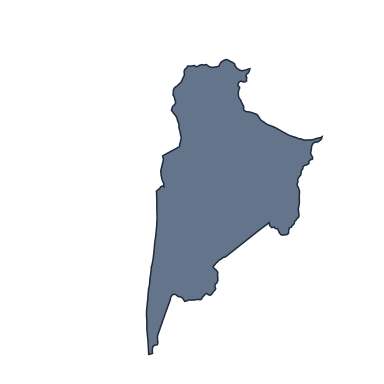 the district of Jangada, Mato Grosso, Brazil, rotated 321°
{"feature_id": "56859067B34050431146152", "entity_name": "Jangada", "entity_type": "district", "adm_level": 2, "iso_a3": "BRA", "parent_name": "Brazil", "parent_adm1": "Mato Grosso", "projection": "mercator", "projection_center": [-56.584, -15.33], "detail": "fine", "context": "isolated", "style": "filled", "palette": "slate", "viewbox_px": 384, "rotation_deg": 321, "n_neighbors": 0, "source": "geoboundaries", "source_scale": "gbopen_adm2", "svg_char_len": 4259}
<svg xmlns="http://www.w3.org/2000/svg" viewBox="0 0 384 384"><g transform="rotate(321 192 192)"><path d="M283.1,101.7L281.2,100.9L279.8,99.2L277.8,98.3L275.6,98.0L273.8,97.2L273.6,95.3L272.0,94.3L270.5,93.5L269.1,92.5L268.1,91.4L266.7,91.9L265.3,92.1L263.3,92.3L261.9,93.2L260.8,94.7L259.3,96.7L258.0,97.1L256.4,97.9L254.7,98.8L252.8,99.7L250.6,99.9L248.3,100.0L247.0,100.3L245.4,100.0L243.9,100.0L242.6,100.6L241.3,101.4L239.9,103.1L238.4,104.5L238.0,107.0L237.1,108.7L235.6,112.2L233.7,113.1L231.0,113.3L228.8,114.5L227.3,115.8L227.5,117.3L227.1,119.0L227.3,120.9L227.2,122.7L227.0,124.7L226.2,126.3L225.4,128.1L225.1,129.5L224.3,131.4L222.1,134.1L221.3,136.1L220.8,137.5L219.2,140.0L218.4,142.0L217.6,143.3L215.7,144.7L214.5,145.8L212.4,147.1L210.9,148.9L204.2,147.7L202.3,147.3L200.3,146.9L198.9,146.7L197.4,146.4L191.9,145.4L190.3,148.8L181.0,155.9L178.4,159.8L176.4,163.9L175.5,167.2L173.5,170.2L172.8,168.7L170.8,168.3L169.1,169.0L167.5,168.8L164.7,169.1L163.1,171.5L162.0,172.9L156.4,180.1L155.5,181.1L148.1,190.7L146.6,192.3L143.0,196.3L141.7,197.7L134.6,204.8L132.9,206.3L129.8,209.3L127.3,212.0L120.2,219.0L118.9,220.2L116.4,222.3L115.2,223.4L112.9,224.8L112.0,226.1L110.9,227.1L109.3,228.7L106.6,231.3L105.5,232.3L104.2,233.4L102.6,235.2L101.2,236.7L98.9,238.8L97.8,239.5L95.3,242.0L92.2,245.2L90.0,247.6L86.2,251.4L83.1,254.5L82.1,255.6L81.0,256.8L79.3,258.8L77.1,261.9L74.4,265.6L72.9,267.2L70.5,270.2L68.6,273.3L67.5,274.7L64.7,279.1L63.0,281.5L60.2,285.4L56.1,291.0L59.7,292.6L60.5,291.4L61.5,290.0L63.3,288.3L64.9,287.3L67.0,287.8L69.0,288.9L71.1,287.2L71.9,285.5L73.3,283.8L74.3,282.3L95.4,269.2L103.8,264.2L107.4,262.0L109.2,260.4L112.4,259.4L114.4,260.9L115.0,262.2L115.4,264.4L116.5,265.8L117.6,267.1L117.9,268.9L117.5,272.4L119.5,273.4L121.1,273.7L122.4,274.6L123.6,275.7L124.8,276.6L126.9,278.1L128.6,278.8L130.5,280.8L131.9,281.3L133.6,280.4L136.2,280.1L137.8,279.7L139.5,280.0L140.3,282.7L141.4,283.8L143.0,283.8L144.8,283.3L146.2,282.8L148.3,282.7L149.6,282.0L150.5,279.6L152.1,278.2L153.5,278.4L154.8,277.9L156.2,277.2L158.2,274.8L158.9,273.4L161.5,270.6L161.7,268.4L161.5,266.7L161.1,265.0L161.5,263.2L164.1,262.9L165.9,262.4L168.0,262.4L169.9,261.9L171.2,262.3L173.4,262.5L175.1,262.5L177.1,263.5L218.1,263.9L225.3,264.1L232.8,264.4L231.9,265.5L231.3,267.2L231.5,269.8L233.5,270.9L233.8,272.8L235.3,274.5L235.0,276.2L234.3,278.1L234.2,281.1L235.4,282.7L237.0,283.5L238.8,284.8L240.9,284.9L242.5,283.2L244.8,281.2L247.3,281.9L248.9,281.0L250.5,281.3L252.2,280.4L253.5,279.3L255.6,279.3L257.1,278.6L258.8,278.8L260.5,277.5L261.8,275.3L263.2,273.3L264.0,271.9L265.5,270.8L268.0,268.6L269.2,267.4L270.1,266.0L271.5,264.4L273.1,262.3L275.4,259.9L276.3,258.6L276.8,257.0L277.5,255.6L277.6,254.0L278.5,252.1L280.9,250.7L281.6,249.2L283.2,248.1L285.1,247.6L287.2,247.2L289.0,245.7L290.8,244.0L292.4,243.9L294.3,242.2L296.1,242.2L298.5,243.2L300.9,243.4L301.9,241.7L303.5,241.6L304.8,241.5L306.1,242.4L307.5,241.2L307.9,239.0L308.4,236.6L309.6,235.7L310.8,234.6L312.2,233.4L313.7,231.7L315.8,230.8L317.1,230.4L319.1,230.8L321.4,232.4L323.7,232.5L326.2,232.2L327.9,230.9L326.4,230.7L323.5,229.2L318.9,227.4L316.5,225.8L315.1,224.7L313.3,223.4L311.6,221.9L310.4,219.7L308.7,217.9L307.5,215.8L306.5,214.2L304.6,211.4L303.2,209.1L302.3,207.1L301.7,205.5L301.2,204.2L300.6,202.9L300.0,201.3L299.4,199.8L298.9,198.5L298.1,196.4L297.2,194.3L296.3,192.6L295.5,191.1L294.6,189.6L293.4,187.7L292.6,185.8L291.9,183.0L291.1,180.6L290.7,178.9L291.0,176.7L291.2,175.2L291.4,173.8L291.2,172.4L290.2,170.7L288.8,168.5L287.6,166.6L286.1,165.0L284.9,163.8L283.8,161.7L284.5,159.5L285.8,158.6L286.2,156.9L286.7,155.0L286.9,153.4L287.7,151.0L287.7,148.7L288.6,146.5L289.7,145.0L291.0,143.5L292.7,142.0L294.1,141.5L295.0,140.3L294.6,138.4L296.3,136.7L298.3,136.2L300.1,136.9L301.2,139.0L302.9,140.0L304.4,140.0L305.4,138.4L306.8,137.4L306.6,135.8L308.6,134.8L310.4,134.9L311.8,134.4L313.4,133.6L314.6,132.6L312.6,131.7L310.9,131.2L308.6,130.0L306.7,128.9L305.6,126.8L305.0,124.8L304.6,123.2L305.1,120.8L305.7,119.1L305.2,117.0L304.3,115.2L303.4,113.0L302.3,110.8L300.1,109.8L298.7,109.6L296.5,109.3L294.3,110.1L291.9,111.2L288.4,109.3L286.4,108.1L285.1,106.7L284.1,105.3L283.8,103.4L283.1,101.7Z" fill="#64748b" stroke="#1e293b" stroke-width="1.5"/></g></svg>